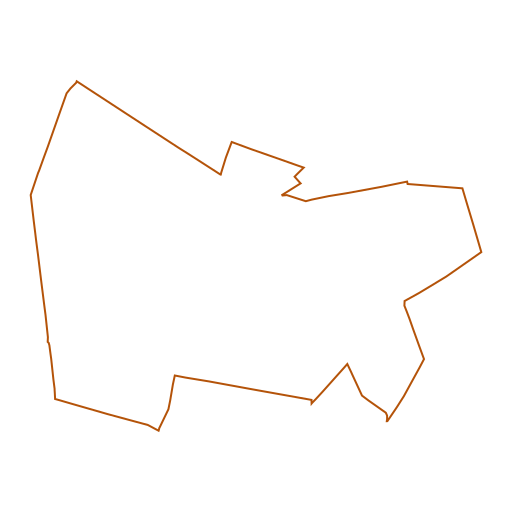 the district of Zimandu Nou, Arad, Romania
{"feature_id": "2599482B63930255297686", "entity_name": "Zimandu Nou", "entity_type": "district", "adm_level": 2, "iso_a3": "ROU", "parent_name": "Romania", "parent_adm1": "Arad", "projection": "albers", "projection_center": [21.398, 46.275], "detail": "fine", "context": "isolated", "style": "outline", "palette": "amber", "viewbox_px": 512, "rotation_deg": 0, "n_neighbors": 0, "source": "geoboundaries", "source_scale": "gbopen_adm2", "svg_char_len": 1607}
<svg xmlns="http://www.w3.org/2000/svg" viewBox="0 0 512 512"><path d="M481.3,252.1L478.0,240.8L473.1,224.1L466.6,202.5L462.4,188.3L462.2,188.3L419.1,184.9L407.6,184.0L407.1,181.6L381.6,186.8L347.3,193.1L328.8,196.1L311.8,199.6L305.8,201.2L286.8,195.1L282.5,195.5L282.2,194.9L300.6,183.4L300.3,183.1L295.4,177.6L294.6,176.7L297.1,174.1L303.7,167.6L297.6,165.5L272.1,156.5L251.5,149.3L231.7,142.0L225.9,157.5L221.2,172.7L220.8,174.6L220.5,174.6L214.8,170.9L203.9,163.9L189.9,154.9L178.0,147.4L145.0,125.9L87.9,88.6L80.9,84.0L76.7,81.3L76.2,82.7L74.3,84.6L70.5,88.4L66.6,93.3L59.7,112.8L47.9,146.4L44.0,157.0L40.0,168.1L39.1,170.6L38.1,172.9L30.7,195.0L33.6,219.8L35.3,233.6L36.0,239.5L37.0,247.2L38.0,254.8L41.0,279.4L44.2,304.8L45.5,314.8L47.9,337.2L47.7,341.9L48.7,342.9L49.4,345.4L50.3,352.4L51.0,357.5L51.2,358.9L53.4,379.4L54.6,388.9L54.6,389.8L54.8,393.0L55.1,399.0L59.8,400.3L61.5,400.8L71.8,403.8L101.4,412.3L107.6,414.1L147.9,425.0L156.1,429.4L157.7,430.2L158.6,430.7L158.7,430.4L158.9,429.7L159.1,428.9L159.3,428.0L159.9,426.9L168.4,409.3L170.2,400.4L172.9,384.4L174.8,375.5L185.7,377.6L208.9,381.4L227.5,384.8L235.8,386.3L250.0,388.9L262.8,391.2L311.5,399.9L311.6,403.5L312.1,402.9L315.7,399.2L322.6,391.7L344.6,367.1L347.3,364.0L351.3,372.4L352.0,374.0L362.0,395.6L368.5,400.5L373.9,404.3L385.8,412.7L387.1,415.6L387.1,419.2L386.8,421.2L387.1,421.2L387.4,421.1L395.5,409.2L397.1,406.8L403.9,396.1L410.9,383.3L419.8,367.1L424.0,359.1L419.3,346.3L413.0,328.8L409.5,318.8L406.6,311.2L404.4,305.7L404.6,301.0L419.4,292.8L446.2,276.6L481.3,252.1Z" fill="none" stroke="#b45309" stroke-width="2"/></svg>